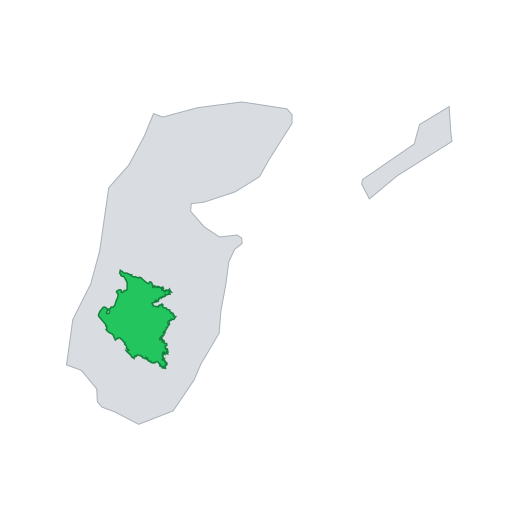 location of Nablus, West Bank, Palestine, rotated 194°
{"feature_id": "87354302B42764778113026", "entity_name": "Nablus", "entity_type": "district", "adm_level": 2, "iso_a3": "PSE", "parent_name": "Palestine", "parent_adm1": "West Bank", "projection": "natural_earth1", "projection_center": [35.262, 32.179], "detail": "fine", "context": "in_parent", "style": "filled", "palette": "green", "viewbox_px": 512, "rotation_deg": 194, "n_neighbors": 0, "source": "geoboundaries", "source_scale": "gbopen_adm2", "svg_char_len": 6778}
<svg xmlns="http://www.w3.org/2000/svg" viewBox="0 0 512 512"><g transform="rotate(194 256 256)"><path d="M413.5,104.5L418.4,150.0L409.6,189.0L408.9,223.2L415.4,286.6L401.4,313.5L393.4,345.3L389.9,369.3L380.0,368.3L348.7,385.7L307.2,402.0L261.5,406.3L255.0,401.5L253.2,393.2L266.6,352.8L271.8,333.8L291.6,313.3L319.6,295.6L331.5,291.1L330.2,283.5L313.4,271.8L296.0,265.6L279.4,271.8L274.2,269.9L272.5,264.7L278.3,257.4L281.0,243.9L278.4,221.2L276.7,193.6L273.1,172.3L283.4,137.6L286.0,121.0L298.9,85.7L329.1,64.3L355.1,70.5L368.9,72.1L374.7,76.3L378.4,88.5L397.7,102.7L413.5,104.5ZM159.8,338.8L170.8,351.3L171.2,355.9L129.6,403.0L129.1,423.2L104.7,447.7L97.0,423.4L93.6,414.6L138.4,368.0L159.8,338.8Z" fill="#d9dde1" stroke="#a8b0b8" stroke-width="1"/><path d="M391.8,169.2L393.9,165.0L394.2,163.7L394.6,160.8L394.1,159.5L385.8,153.5L385.2,152.9L384.6,151.6L383.9,151.7L384.0,151.4L383.2,149.9L383.7,148.3L380.7,146.4L376.4,145.4L375.3,144.5L372.2,140.4L370.7,142.4L370.0,142.5L370.1,143.0L368.3,143.9L367.7,143.4L367.4,142.8L366.2,142.6L363.5,140.6L362.2,140.2L362.5,139.7L361.7,139.0L361.9,138.5L360.5,137.9L359.3,136.2L359.4,134.5L358.0,134.6L357.6,134.4L357.4,133.9L356.6,134.0L356.7,133.7L357.2,133.3L357.7,133.5L357.8,132.5L358.8,132.5L357.2,131.4L355.6,130.9L355.2,130.2L353.6,129.7L352.5,128.2L351.9,128.1L351.8,127.8L349.5,127.1L349.8,128.3L349.6,128.7L349.2,128.6L349.0,128.9L349.3,129.4L348.8,129.9L348.2,129.8L348.2,130.1L347.8,129.9L347.6,130.9L346.8,131.7L345.2,131.1L344.2,131.6L343.1,130.9L342.6,131.3L341.3,129.8L340.8,130.1L339.3,129.5L338.6,130.1L338.2,130.0L338.2,130.6L337.3,129.2L337.0,129.2L337.0,130.2L337.1,130.8L336.8,130.9L336.5,130.5L336.8,130.0L336.5,129.6L336.1,129.7L335.3,128.3L334.7,128.5L334.3,128.0L333.5,127.9L333.4,128.1L332.6,128.3L332.2,127.4L331.8,127.7L331.4,127.4L329.7,127.3L329.6,127.7L329.1,127.8L329.3,127.9L327.6,128.8L326.9,129.6L325.9,129.6L324.4,128.7L324.4,128.3L323.5,128.0L322.7,126.6L322.7,126.1L322.3,126.2L322.1,126.9L321.6,126.0L321.3,126.3L319.9,125.7L319.7,125.3L320.1,125.1L319.8,124.7L319.2,125.1L316.9,124.9L316.6,125.2L317.0,125.7L317.6,125.7L318.0,125.4L317.8,125.2L318.7,125.1L318.5,125.3L318.6,126.6L317.7,126.8L317.2,127.2L317.3,127.6L316.9,128.0L317.1,128.6L316.4,128.8L316.4,129.4L316.1,129.8L316.4,130.0L317.0,129.2L317.2,129.5L316.7,130.0L316.9,130.9L318.2,130.9L318.0,131.3L318.6,131.8L319.2,131.7L319.7,132.1L319.3,132.6L319.6,133.0L320.0,133.2L320.7,133.0L320.7,132.6L321.8,132.6L321.3,133.9L320.7,134.4L321.8,134.3L321.7,135.5L322.3,135.8L322.3,136.3L321.9,136.1L322.0,136.4L322.1,136.7L322.6,136.6L323.0,137.0L322.2,137.9L322.3,138.4L322.0,138.7L321.2,138.6L321.7,139.1L323.1,139.0L323.1,139.6L322.7,139.4L322.7,139.7L322.0,139.9L322.4,140.3L321.3,140.6L320.5,139.8L320.0,140.0L319.7,139.5L319.0,140.3L318.5,139.7L318.3,139.7L318.6,140.0L318.0,141.4L318.4,141.9L318.7,141.4L319.2,141.6L318.8,142.2L318.9,142.9L319.2,142.8L319.6,143.3L319.3,143.7L319.5,144.4L320.4,144.3L319.9,143.9L320.2,143.4L320.5,143.8L321.0,143.8L321.4,144.0L321.3,144.5L321.6,144.7L321.7,145.3L322.5,146.0L322.2,146.4L322.3,146.8L321.1,147.3L320.9,148.0L321.3,149.2L321.9,149.5L322.6,149.1L324.0,149.3L324.0,149.7L324.8,150.2L324.6,150.6L324.9,150.8L326.1,150.3L325.9,150.7L326.2,150.9L325.3,150.8L324.8,151.2L325.3,151.4L325.1,151.7L325.7,151.8L326.2,151.3L326.7,151.9L327.2,151.9L326.9,152.6L327.4,153.3L327.6,153.2L327.5,152.5L328.2,152.2L328.1,151.7L328.6,151.6L328.6,152.1L328.9,152.2L329.2,151.8L329.5,152.4L328.9,154.3L328.4,154.7L328.2,155.2L327.6,153.7L327.4,153.8L328.0,155.6L327.1,156.2L326.8,156.0L326.2,157.2L326.3,158.1L327.4,159.0L327.4,159.4L327.1,159.4L326.4,158.5L327.2,160.0L327.0,160.3L326.5,159.3L326.4,159.7L326.0,159.7L326.3,160.0L326.0,160.4L326.3,160.8L326.2,161.2L325.8,161.7L326.1,162.3L325.6,162.6L325.7,162.8L325.0,164.4L325.6,164.8L324.5,165.7L324.6,166.8L323.9,168.0L323.9,168.4L323.5,168.5L323.6,169.4L324.3,169.3L324.7,168.8L325.4,169.4L325.3,171.7L324.2,171.2L324.2,172.2L323.0,172.9L323.3,173.7L323.3,174.0L322.5,174.1L322.3,173.7L321.8,174.5L320.4,174.6L319.4,177.3L319.9,177.0L320.6,178.2L321.2,177.9L321.2,178.4L322.0,178.9L321.9,179.3L322.1,179.5L322.3,179.0L322.6,179.2L322.7,179.8L322.5,180.1L323.0,180.5L324.3,180.1L324.4,180.3L324.8,180.2L324.7,180.6L326.6,182.1L326.7,182.7L329.6,182.7L330.3,183.7L334.1,183.7L334.8,185.1L335.5,185.6L334.6,186.1L335.7,186.7L337.2,184.8L337.8,185.0L338.0,184.3L338.7,184.0L338.4,183.0L338.6,182.9L344.0,182.7L344.1,183.8L345.5,184.6L345.1,185.6L344.2,185.8L343.0,186.8L343.0,188.7L342.7,188.9L342.1,189.0L341.6,188.3L342.2,187.4L341.8,187.1L341.3,187.5L341.3,188.0L341.0,187.9L340.6,188.5L339.9,188.3L339.7,188.6L340.3,189.4L339.8,190.3L340.1,190.4L340.0,190.9L339.0,191.4L339.3,192.1L338.7,192.7L337.9,192.9L337.6,192.6L337.6,193.1L336.6,193.4L336.7,194.1L336.1,194.0L334.5,194.9L334.3,195.5L334.8,195.9L334.9,196.7L333.3,196.7L332.9,197.1L332.5,197.1L331.9,197.5L331.8,198.1L331.6,197.9L330.1,198.2L330.5,198.9L330.9,198.9L331.1,199.2L330.8,199.4L330.9,200.3L329.6,200.6L330.4,201.0L330.8,200.6L330.9,201.5L331.6,201.5L331.8,201.8L331.5,202.4L332.0,203.0L332.3,202.1L332.0,202.1L332.0,201.7L332.5,201.4L332.5,201.0L332.9,201.0L333.0,201.3L333.8,201.4L334.2,201.0L334.6,201.3L334.8,201.1L334.7,200.7L334.9,200.4L335.1,200.6L335.5,200.1L335.1,200.7L335.4,200.9L336.1,199.7L335.7,199.5L335.8,199.2L336.3,199.1L336.7,200.1L337.9,200.3L337.9,200.5L338.3,200.4L338.2,200.9L338.9,200.2L339.2,200.7L338.7,201.3L339.3,200.9L339.6,201.2L338.3,201.9L338.7,202.2L338.6,203.1L339.2,202.9L339.9,203.6L339.6,203.0L341.4,202.1L340.8,201.8L342.5,202.3L342.6,202.8L343.7,202.7L343.3,202.1L343.8,201.8L344.6,201.8L344.7,201.4L346.1,202.4L346.4,202.0L347.0,202.3L347.1,202.0L347.4,202.2L347.6,202.0L346.8,201.4L347.6,201.2L348.4,200.5L348.6,200.6L348.5,201.5L349.3,202.2L349.1,202.7L349.3,203.3L350.1,203.6L350.7,204.3L350.6,204.6L351.5,205.3L352.7,205.3L353.2,204.0L353.2,203.3L353.8,203.1L356.6,204.0L361.1,206.3L362.1,207.1L364.0,207.2L364.4,207.0L364.3,206.5L365.5,206.2L368.0,206.8L368.6,206.2L370.5,206.2L372.1,206.6L372.1,207.8L373.6,207.4L377.4,208.2L378.1,207.7L379.5,207.6L381.3,208.0L382.1,208.8L383.0,208.6L384.2,209.3L384.1,206.2L382.7,205.5L382.6,204.6L381.2,203.9L379.6,204.2L378.8,203.9L378.6,203.3L377.3,202.4L376.8,201.4L376.2,201.3L375.2,199.5L374.4,198.9L373.9,195.9L373.2,193.8L373.2,191.8L373.3,191.3L375.6,190.6L375.9,188.9L377.9,188.1L378.1,189.8L379.2,190.5L380.6,190.1L382.7,188.1L382.7,187.2L381.0,186.0L380.8,185.4L380.2,184.9L380.3,181.4L380.7,180.0L380.6,178.7L380.9,178.5L380.8,178.2L381.2,173.4L381.9,172.8L382.3,171.9L384.4,171.3L384.4,169.9L385.9,169.0L385.6,167.8L384.6,166.8L384.8,164.6L387.0,164.0L387.3,164.9L386.9,167.6L387.5,168.7L389.2,169.6L391.1,169.8L391.8,169.2Z" fill="#22c55e" stroke="#15803d" stroke-width="1.5"/></g></svg>